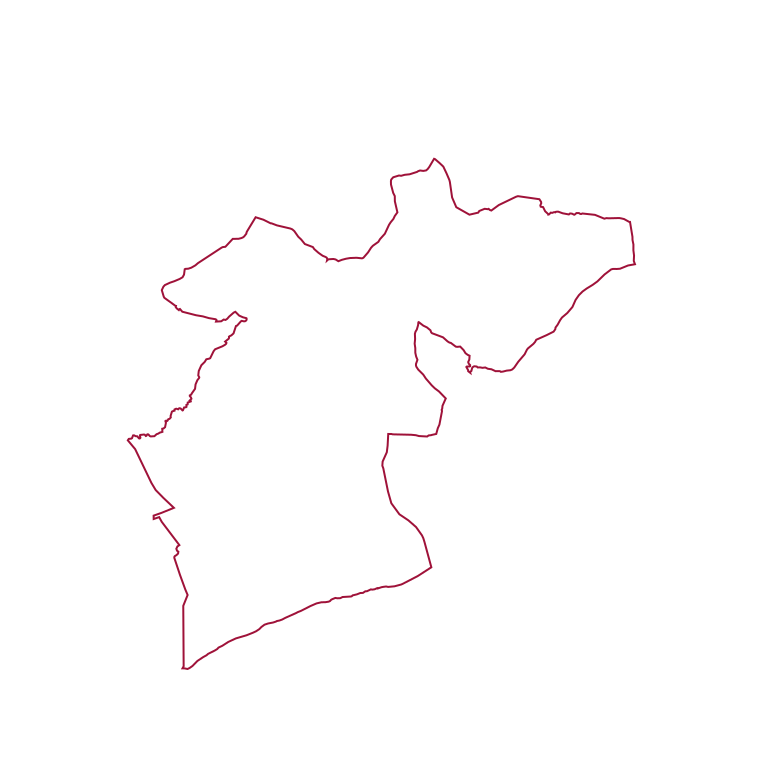 Carta, Sibiu, Romania (orthographic projection), rotated 70°
{"feature_id": "2599482B3340713178637", "entity_name": "Carta", "entity_type": "district", "adm_level": 2, "iso_a3": "ROU", "parent_name": "Romania", "parent_adm1": "Sibiu", "projection": "orthographic", "projection_center": [24.558, 45.797], "detail": "fine", "context": "isolated", "style": "outline", "palette": "rose", "viewbox_px": 768, "rotation_deg": 70, "n_neighbors": 0, "source": "geoboundaries", "source_scale": "gbopen_adm2", "svg_char_len": 6163}
<svg xmlns="http://www.w3.org/2000/svg" viewBox="0 0 768 768"><g transform="rotate(70 384 384)"><path d="M584.6,666.1L584.4,663.9L583.5,660.5L580.4,654.0L578.8,647.4L578.2,643.6L577.4,641.5L576.6,634.3L576.0,631.3L575.1,629.7L574.7,625.5L573.1,618.4L572.4,610.2L573.1,599.2L572.9,592.2L572.6,588.8L571.7,585.0L570.4,582.3L569.3,578.6L569.4,574.8L570.2,569.8L570.3,566.8L570.1,565.8L570.5,563.2L570.5,560.2L570.0,556.7L569.1,544.2L568.9,543.6L568.8,539.8L567.5,529.1L567.1,522.4L567.7,517.5L569.0,513.6L569.6,510.5L569.5,509.0L568.7,507.5L568.5,506.1L568.4,502.9L569.4,501.1L570.3,498.3L570.0,495.8L572.4,487.7L572.4,486.8L571.9,485.8L572.4,481.4L572.3,477.8L573.1,475.2L572.4,472.5L572.9,470.8L572.5,466.6L573.2,465.4L573.7,463.0L573.5,460.2L573.6,459.7L574.0,459.7L574.1,455.8L574.4,454.0L575.0,451.3L576.1,449.5L577.7,443.3L578.3,436.4L578.2,434.9L576.0,417.9L572.4,402.2L546.3,400.0L542.3,399.8L539.2,400.1L529.4,402.8L520.5,407.7L511.7,414.1L498.6,417.9L486.3,417.0L463.0,413.5L460.2,413.5L456.4,411.8L449.1,404.7L443.2,401.7L432.4,397.1L433.6,394.0L434.3,393.0L441.0,375.8L443.0,371.6L444.9,368.9L448.1,361.4L447.6,359.6L448.2,357.3L448.2,356.5L448.8,352.0L444.0,348.6L441.1,345.8L429.2,338.7L428.1,338.7L427.0,337.7L424.5,336.5L418.7,330.9L409.8,334.9L405.5,337.7L401.6,339.6L393.2,342.8L388.6,343.9L382.2,346.9L378.8,347.7L377.5,347.6L376.1,347.1L372.7,344.3L369.2,344.4L365.4,343.9L360.9,342.3L356.6,341.4L352.4,339.4L347.4,337.8L345.6,336.5L344.0,334.5L340.3,331.8L337.8,330.6L337.7,330.2L342.6,327.1L345.5,324.3L349.4,322.0L351.6,322.0L352.7,321.5L360.3,312.6L365.7,309.7L367.4,308.4L368.3,307.1L373.4,303.8L374.1,302.6L374.9,299.6L379.4,297.6L382.9,296.9L385.2,295.4L386.7,293.9L390.1,295.4L392.2,297.4L394.0,297.4L395.6,296.6L396.8,297.0L396.8,297.6L395.9,300.2L396.2,300.8L399.8,300.2L400.8,300.5L403.0,299.1L402.2,299.0L401.9,298.6L401.7,297.5L399.1,295.7L398.5,294.8L398.2,293.5L398.3,292.9L399.3,290.9L400.5,290.3L401.2,288.1L402.5,285.9L403.1,283.2L405.2,281.2L406.9,278.0L410.1,274.8L411.2,271.6L411.6,270.7L412.5,270.1L413.0,268.1L413.4,264.1L414.3,260.5L414.2,258.5L413.1,256.0L409.0,250.2L404.2,241.7L400.7,238.0L399.8,236.6L397.4,229.9L396.1,227.6L394.5,225.8L393.7,214.5L392.8,206.7L391.1,204.3L389.6,203.5L387.7,200.6L384.2,196.6L382.4,194.0L380.0,187.5L376.1,180.6L370.5,175.2L367.2,170.5L365.0,165.8L363.6,160.9L362.2,154.0L360.6,148.4L356.5,139.3L354.0,131.3L354.2,129.4L355.5,126.0L356.4,122.8L356.1,114.1L357.3,107.2L353.8,107.2L348.8,105.1L343.6,103.9L338.2,101.9L333.6,101.2L330.7,100.2L315.9,97.4L315.8,97.9L311.1,102.0L309.4,104.6L308.5,106.2L305.1,116.3L304.2,118.2L304.0,120.4L297.2,127.9L291.9,138.7L291.6,139.3L291.7,140.5L291.3,141.4L290.1,142.3L289.2,144.7L290.0,146.8L290.0,147.4L288.3,149.0L287.6,150.3L287.4,151.0L287.9,152.3L284.7,157.7L281.6,161.4L281.1,163.0L281.0,163.8L281.3,164.3L280.7,165.3L280.7,167.5L280.0,168.6L281.1,171.0L281.0,171.7L280.5,171.6L276.8,173.5L272.2,174.0L271.0,176.1L269.6,176.0L267.9,174.4L266.6,174.1L263.5,174.8L253.3,193.9L253.2,195.9L255.1,214.9L257.7,223.8L256.8,224.9L255.2,225.8L255.3,226.5L253.8,229.5L254.0,235.3L255.2,236.8L254.1,245.8L242.6,255.6L232.0,256.2L216.7,253.0L214.6,252.8L207.5,253.2L200.0,253.9L195.4,256.2L190.2,259.1L189.5,259.9L195.5,267.2L197.0,269.5L197.7,271.4L197.2,274.2L195.7,277.1L195.7,279.2L196.0,280.4L195.7,288.2L194.5,293.0L194.2,296.7L193.2,298.6L192.9,304.6L194.0,306.7L194.6,307.5L195.7,308.1L198.9,309.2L207.6,310.0L211.1,309.6L216.0,311.3L227.3,312.7L229.8,316.4L232.1,318.7L234.3,322.4L236.1,324.8L243.1,331.8L246.5,338.2L248.5,340.7L250.3,347.2L251.5,349.5L254.9,354.0L258.3,360.1L258.4,360.8L258.4,361.7L256.0,366.6L254.0,372.9L253.3,376.8L252.9,381.2L253.0,384.9L250.4,386.9L249.2,388.8L247.8,393.6L248.5,395.3L247.4,394.6L245.8,394.6L244.7,395.4L242.5,397.8L238.3,400.7L233.4,403.4L231.0,404.0L225.4,410.5L219.9,412.4L216.3,414.2L209.6,416.0L207.3,417.3L205.9,418.8L198.3,430.4L194.5,434.8L194.3,435.5L188.4,441.1L183.4,447.6L193.5,460.2L194.4,461.2L195.7,462.0L197.5,464.9L198.0,466.4L198.1,468.1L197.8,471.0L195.9,476.5L200.8,486.1L200.2,488.7L200.3,489.9L206.8,517.5L208.0,520.7L208.8,525.3L208.7,528.5L207.9,531.2L208.0,532.0L212.8,534.5L214.8,536.8L215.4,540.0L215.7,545.9L215.6,550.4L216.1,556.1L217.1,558.0L219.8,560.7L226.6,561.1L227.9,560.9L239.3,553.2L239.5,552.8L240.4,553.4L242.1,552.9L244.4,551.5L243.7,550.6L243.7,550.1L247.1,548.8L255.1,537.1L258.5,531.1L262.2,526.0L265.6,520.0L266.7,519.5L267.9,520.5L269.4,515.5L268.6,512.6L269.6,511.0L269.1,509.0L267.7,506.5L265.5,500.8L265.3,499.0L270.2,496.7L273.1,493.7L275.1,490.8L275.9,490.8L276.7,491.2L277.3,492.1L277.5,493.2L277.2,494.2L276.0,496.1L276.2,497.1L278.9,502.1L278.9,503.3L285.0,508.1L286.1,510.8L286.3,512.9L286.5,513.5L287.6,513.8L288.3,514.4L289.8,518.8L291.5,518.0L292.2,518.6L292.7,519.7L293.3,522.9L293.6,530.8L294.9,532.9L300.3,538.5L300.4,539.5L300.0,542.5L301.9,544.9L303.9,549.2L308.4,553.6L312.4,555.6L314.5,555.3L315.1,555.7L316.6,558.1L319.9,561.2L323.9,563.2L327.3,568.1L328.0,568.7L328.3,570.4L328.9,570.6L330.6,570.0L332.0,570.0L333.0,572.1L333.7,571.4L334.3,571.5L334.3,574.8L336.0,575.5L336.1,576.9L337.9,577.4L338.1,578.1L337.7,579.9L339.9,581.9L339.9,582.4L337.6,583.4L336.9,584.2L336.8,585.0L337.4,586.1L336.3,587.4L336.1,588.1L336.3,589.6L337.4,589.9L337.3,592.3L337.5,592.8L341.1,595.5L342.5,595.8L343.4,597.5L343.3,598.7L344.5,600.1L344.6,600.8L343.9,601.3L344.1,602.1L345.9,602.2L349.7,604.5L350.4,606.4L350.2,607.7L353.2,608.6L353.0,611.5L353.4,612.8L353.4,614.9L354.5,617.6L353.5,621.1L352.9,621.8L350.8,622.7L350.5,623.1L350.4,623.7L351.4,625.0L351.4,625.6L349.9,626.1L349.4,626.8L348.5,630.5L349.0,631.0L351.2,631.3L351.6,631.9L351.6,632.4L351.2,632.9L348.8,633.7L348.1,635.2L346.7,636.5L346.5,637.4L348.7,639.3L348.9,640.1L348.3,642.6L349.3,644.0L360.1,640.1L397.4,636.4L405.6,634.8L415.7,630.2L428.5,623.8L429.0,637.3L428.9,645.5L432.1,646.6L432.2,640.8L437.5,640.0L465.4,631.4L466.0,633.7L467.8,635.5L469.9,635.5L471.2,634.6L472.9,635.5L473.8,637.5L474.2,639.4L474.6,640.0L475.6,640.5L493.5,641.0L508.9,641.0L515.1,640.7L523.8,648.5L580.7,668.8L582.3,670.6L583.0,668.7L584.6,666.1Z" fill="none" stroke="#9f1239" stroke-width="2"/></g></svg>